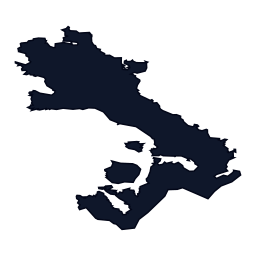 Selje nor, Sogn og Fjordane, Norway
{"feature_id": "86288312B90490853965577", "entity_name": "Selje nor", "entity_type": "district", "adm_level": 2, "iso_a3": "NOR", "parent_name": "Norway", "parent_adm1": "Sogn og Fjordane", "projection": "robinson", "projection_center": [5.32, 62.075], "detail": "fine", "context": "isolated", "style": "filled", "palette": "ink", "viewbox_px": 256, "rotation_deg": 0, "n_neighbors": 0, "source": "geoboundaries", "source_scale": "gbopen_adm2", "svg_char_len": 5818}
<svg xmlns="http://www.w3.org/2000/svg" viewBox="0 0 256 256"><path d="M233.6,170.3L233.8,171.2L232.7,172.6L227.8,176.3L223.5,175.3L216.5,178.5L214.1,176.3L216.6,174.4L227.6,170.9L225.6,168.6L227.1,166.7L226.0,164.8L228.8,160.0L234.1,157.7L231.7,157.3L233.3,156.5L233.0,151.2L235.7,152.2L235.5,149.4L234.1,149.3L234.0,150.7L228.3,152.6L227.5,151.9L228.2,151.2L227.6,150.2L227.9,148.7L223.4,145.6L224.6,144.7L223.7,144.1L223.5,143.4L224.9,142.8L224.1,142.1L226.8,139.6L224.6,139.2L220.6,141.0L219.8,140.0L217.5,140.2L219.4,139.5L219.5,138.6L209.9,137.8L207.5,133.2L207.4,129.9L206.3,129.4L202.0,130.8L198.6,129.9L196.4,127.6L198.2,126.5L196.0,125.5L197.6,125.2L197.2,124.9L194.4,124.5L193.8,126.3L192.6,126.8L188.0,125.6L183.6,121.7L182.9,119.8L180.5,118.5L180.6,116.2L176.5,114.7L172.8,114.8L162.8,110.7L160.4,109.1L159.2,106.8L159.6,106.2L156.8,102.7L153.3,103.1L152.3,101.7L153.0,100.8L151.9,99.7L150.2,100.4L140.1,95.6L138.7,93.7L139.4,93.5L137.6,91.9L137.6,90.8L138.5,90.4L136.4,88.7L137.4,85.0L139.9,81.0L139.6,79.9L136.1,77.9L135.0,76.5L135.5,76.0L135.6,75.3L134.8,76.4L133.6,74.9L130.7,74.1L134.6,72.3L137.1,73.1L145.2,71.0L146.7,67.9L146.4,62.9L147.6,62.1L145.3,61.4L146.2,62.8L136.4,62.7L133.2,61.3L132.5,60.1L130.8,61.4L127.9,61.6L126.6,61.3L126.3,60.3L124.5,61.1L124.3,63.1L129.3,65.7L129.5,66.4L127.4,67.6L129.5,68.0L127.6,69.8L122.9,69.4L122.2,68.9L122.3,67.2L124.3,68.0L124.7,68.0L122.3,66.1L125.4,65.6L121.8,64.4L121.2,62.8L121.3,57.8L114.5,58.0L109.7,55.3L105.6,55.4L103.8,54.1L104.4,53.5L100.9,51.8L99.7,50.2L100.2,49.4L96.8,48.6L95.5,45.7L93.6,45.0L91.7,41.9L91.3,36.1L91.8,36.3L91.8,35.0L89.9,34.3L89.1,33.2L90.0,33.2L89.4,32.5L79.0,33.1L76.2,31.1L70.2,30.8L68.8,29.3L69.3,27.4L68.1,26.6L66.2,28.6L62.0,29.9L65.0,31.6L65.0,35.2L67.1,36.1L63.3,37.9L63.9,39.7L63.2,41.0L70.8,41.2L71.3,42.8L71.8,43.1L71.5,41.6L77.1,42.3L78.1,43.6L77.4,45.0L73.3,45.1L71.0,44.3L71.0,43.2L70.4,43.9L63.7,42.6L55.3,43.8L55.1,47.4L53.6,47.7L49.8,46.4L47.1,43.1L45.3,43.1L46.3,40.8L45.7,40.9L44.9,38.4L38.5,38.1L33.4,38.9L33.0,40.3L28.5,40.9L27.3,42.5L21.3,43.1L20.4,43.7L21.1,46.9L18.0,48.5L18.5,50.8L20.0,51.0L19.1,51.7L25.8,53.5L26.1,55.8L29.0,57.3L28.9,60.4L30.7,61.6L30.4,62.5L25.5,64.9L15.4,61.9L15.4,62.9L18.7,64.3L17.9,65.6L20.4,65.1L23.0,67.1L21.6,69.0L22.1,70.5L25.8,70.3L27.1,71.5L24.1,74.2L26.7,74.6L29.6,73.5L30.3,74.8L34.1,74.9L33.7,75.7L35.3,76.3L37.6,75.6L44.1,77.4L45.6,79.1L44.8,81.5L47.0,85.7L52.8,89.1L52.9,90.2L55.2,90.9L54.5,93.2L51.6,95.2L39.8,93.2L35.1,90.8L33.2,90.6L32.7,91.8L29.5,92.2L29.0,93.0L29.5,93.7L31.9,94.3L29.6,95.4L32.2,96.0L31.1,98.9L32.2,101.6L31.5,103.1L32.9,105.0L30.7,105.1L30.1,106.5L27.8,107.4L30.7,108.9L33.2,108.4L31.6,110.4L38.3,108.6L39.0,109.3L38.4,109.7L39.6,109.9L46.0,108.5L45.9,109.4L48.7,108.7L49.5,109.4L51.2,108.7L56.5,109.4L63.1,108.2L73.0,109.2L79.6,108.5L82.8,109.4L88.6,107.8L95.0,108.1L103.5,111.9L110.2,119.7L118.0,122.8L118.3,123.7L117.1,124.7L119.8,123.6L136.1,126.6L150.7,136.4L152.5,138.6L154.1,138.9L154.8,142.3L154.4,144.3L157.7,147.0L155.7,148.9L152.8,148.3L154.8,149.4L151.6,149.0L151.5,149.7L152.7,149.9L150.8,150.4L152.0,150.9L151.1,150.8L150.9,151.7L152.9,153.9L152.1,155.6L158.8,155.6L159.7,155.0L158.4,155.0L160.6,154.6L163.2,155.7L175.0,156.1L174.4,156.8L176.2,155.8L181.5,155.9L187.0,158.2L188.0,159.3L187.3,160.3L189.4,160.7L188.6,159.2L189.1,158.4L190.8,159.0L194.8,162.0L195.0,163.8L197.9,165.5L198.3,166.8L193.9,171.2L189.3,171.3L183.3,167.8L182.6,165.6L178.2,162.4L174.0,164.2L171.4,163.0L171.7,162.1L166.4,163.4L164.6,162.1L162.6,164.4L159.0,165.0L157.7,164.0L157.5,162.9L160.0,161.0L160.7,158.9L153.6,157.7L153.3,158.4L154.7,158.8L154.0,160.9L155.3,161.8L154.6,162.2L155.2,163.1L152.6,163.5L154.1,164.8L151.0,167.0L150.2,171.7L148.0,177.3L146.3,179.0L146.7,181.0L148.9,183.1L140.1,186.7L140.0,188.7L139.4,188.6L139.8,191.9L139.2,191.9L139.2,193.3L137.7,193.8L138.0,196.2L137.2,196.7L134.8,194.8L134.7,193.2L133.5,192.7L134.3,191.4L133.7,190.3L130.2,190.2L129.4,189.7L129.7,188.3L123.1,190.1L123.6,190.6L122.4,192.8L119.8,192.0L118.2,193.9L116.7,194.2L116.8,192.7L115.4,192.3L116.3,190.7L113.9,191.2L114.6,190.4L108.1,189.8L112.4,187.3L111.3,185.7L105.1,186.1L106.0,186.5L105.1,186.6L105.3,187.2L98.6,187.4L98.8,188.5L102.3,189.2L103.9,188.8L103.2,188.4L103.5,187.7L105.6,187.9L104.4,188.4L105.8,188.6L105.8,189.7L104.9,189.9L106.3,191.4L110.5,194.0L116.0,194.7L115.8,195.5L119.4,198.5L126.1,202.1L124.5,203.1L125.0,203.8L129.4,204.5L128.9,205.9L129.9,206.3L129.1,207.5L131.3,209.5L126.9,212.3L127.4,212.9L126.3,212.7L126.1,214.5L122.9,214.7L121.6,211.7L119.3,210.9L118.8,209.1L113.2,208.4L113.6,207.9L111.5,206.2L111.9,205.9L111.3,205.9L111.0,203.3L108.7,201.3L108.8,200.6L107.5,200.2L108.0,199.5L106.7,199.1L107.1,198.0L105.5,196.2L104.0,195.9L103.6,193.4L99.0,191.5L97.5,191.9L97.0,194.7L96.2,194.5L95.5,196.5L93.8,195.4L92.8,196.6L89.3,195.5L87.2,196.9L83.8,197.0L84.9,198.0L84.0,198.0L80.0,195.6L77.0,195.4L76.4,196.3L76.7,198.6L79.1,200.1L77.7,202.9L80.0,204.9L78.4,207.2L79.6,209.6L86.2,207.6L95.6,218.1L97.9,219.3L109.6,220.4L113.7,223.5L116.3,224.1L122.0,229.4L134.5,228.0L139.0,219.3L147.8,212.5L164.8,196.1L168.0,189.6L177.3,189.3L182.6,187.7L208.0,198.7L214.4,191.4L221.1,185.9L231.8,181.8L240.6,175.0L239.5,171.4L233.6,170.3ZM120.6,163.3L111.7,161.0L113.0,163.2L111.5,166.9L104.8,169.6L104.9,170.7L107.4,172.3L106.3,173.7L107.2,175.6L106.2,175.6L107.4,177.0L106.1,177.4L112.2,182.5L118.2,183.4L124.5,181.8L133.2,182.3L135.1,178.7L138.8,174.5L140.6,169.2L136.8,165.4L132.7,163.8L120.6,163.3ZM136.8,141.6L127.6,142.2L130.4,142.7L128.8,143.7L125.2,143.5L126.7,145.9L126.0,146.6L128.9,148.4L134.8,149.5L138.8,151.9L141.7,150.9L141.2,149.7L142.4,147.7L140.4,147.3L141.8,146.3L141.1,145.6L142.7,145.4L142.6,144.3L143.5,143.7L140.0,143.9L137.9,142.7L138.6,141.8L136.8,141.6Z" fill="#0f172a" stroke="#020617" stroke-width="1.5"/></svg>